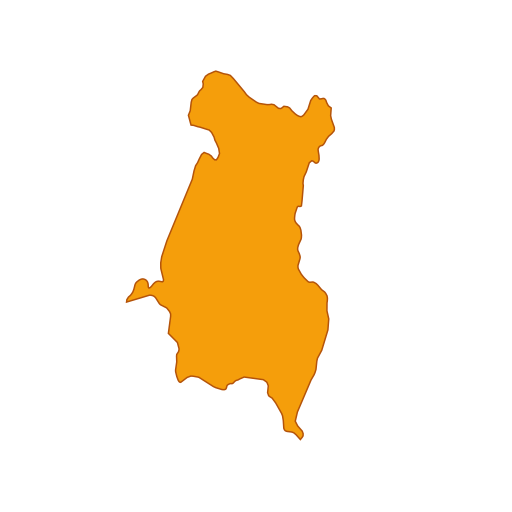 an SVG outline of Mérida, rotated 332°
{"feature_id": "VEN-27", "entity_name": "Mérida", "entity_type": "State", "adm_level": 1, "iso_a3": "VEN", "parent_name": "Venezuela", "parent_adm1": "", "projection": "robinson", "projection_center": [-71.244, 8.52], "detail": "fine", "context": "isolated", "style": "filled", "palette": "amber", "viewbox_px": 512, "rotation_deg": 332, "n_neighbors": 0, "source": "natural_earth", "source_scale": "10m", "svg_char_len": 3952}
<svg xmlns="http://www.w3.org/2000/svg" viewBox="0 0 512 512"><g transform="rotate(332 256 256)"><path d="M260.1,109.9L262.4,100.0L266.1,96.9L271.0,89.8L273.0,87.7L274.7,87.1L279.7,86.3L281.1,85.5L282.4,84.5L283.8,83.7L285.5,83.3L288.2,82.2L290.2,79.3L290.9,76.8L292.9,75.5L295.8,73.6L299.4,73.1L302.3,73.4L305.4,73.6L307.3,73.9L309.2,75.8L313.0,79.9L316.1,82.3L318.1,84.5L319.3,88.6L321.9,101.1L322.8,105.5L323.3,109.1L324.5,112.5L328.6,120.4L330.3,122.7L336.9,127.6L338.7,128.5L339.7,128.9L340.8,129.2L342.9,130.9L345.2,136.2L347.1,137.4L347.8,137.5L350.9,136.9L353.9,139.1L355.2,141.1L355.9,144.8L357.4,149.1L358.5,151.3L359.5,152.7L361.0,154.1L362.4,154.3L364.4,153.9L370.8,150.8L377.3,144.4L378.2,143.9L380.0,143.0L382.1,142.2L383.1,142.0L384.2,142.6L384.9,143.1L385.8,147.2L387.8,148.0L388.8,148.2L389.9,148.7L390.5,149.7L390.8,151.2L390.4,153.9L390.4,157.4L391.9,160.6L387.8,167.1L386.8,170.5L385.5,179.3L384.6,181.1L383.6,182.2L380.3,183.5L376.3,184.4L372.9,186.0L369.8,188.2L368.1,189.1L366.6,189.5L365.5,189.2L364.3,189.0L362.5,189.5L361.6,190.2L360.8,191.1L360.0,193.2L358.8,196.8L357.3,200.0L356.5,201.1L355.6,201.9L354.7,202.4L353.7,202.5L352.7,202.3L352.0,201.7L351.6,200.7L351.2,199.6L350.6,198.7L350.0,198.1L346.8,198.7L339.9,205.3L335.6,208.5L333.5,211.0L331.6,213.9L330.8,216.1L322.6,228.8L319.6,233.1L318.6,233.1L317.7,232.7L316.6,231.9L315.7,232.0L314.9,232.6L310.5,236.8L309.5,238.1L308.1,240.2L307.3,241.6L306.9,243.0L306.8,244.3L306.9,245.6L307.5,248.0L308.2,250.1L308.2,251.9L307.7,254.4L306.0,258.9L304.8,260.9L303.8,262.2L299.0,265.9L297.0,267.9L296.0,269.4L295.5,270.9L295.3,274.3L294.8,276.9L294.2,278.2L293.4,279.2L288.5,284.2L287.7,285.8L287.3,287.4L287.4,293.1L287.8,295.6L288.3,298.0L289.7,302.4L290.1,303.4L290.8,304.2L291.7,304.7L293.7,305.5L294.5,306.1L295.1,306.9L296.2,308.7L296.9,310.9L297.9,315.7L298.2,316.8L299.7,320.0L300.0,321.7L300.0,324.6L299.3,326.7L297.9,329.1L296.7,330.7L292.9,337.7L290.7,345.7L284.8,355.0L269.8,370.1L262.3,375.1L260.4,377.3L255.7,384.3L253.3,386.7L251.4,388.2L246.4,391.3L219.4,413.1L213.1,420.3L213.0,425.6L214.6,432.4L214.2,435.0L213.1,436.9L211.8,437.7L209.0,438.9L207.5,432.7L206.5,430.1L205.7,429.0L205.1,428.4L204.4,427.8L201.1,425.5L200.4,424.8L199.8,424.0L199.5,422.7L199.7,421.1L202.9,414.0L204.4,409.6L204.7,407.0L204.4,395.0L203.5,389.0L201.9,386.2L201.6,385.2L202.1,382.1L205.9,376.4L206.3,373.2L206.2,372.2L204.4,368.6L188.7,357.3L183.7,356.9L182.2,357.0L179.6,356.5L178.2,356.8L176.2,357.5L175.0,357.5L173.2,356.5L171.0,356.4L169.7,356.7L168.9,357.5L168.2,358.3L167.5,358.9L166.6,359.4L165.1,359.1L163.3,358.0L158.7,353.4L157.1,351.3L148.8,336.6L148.0,335.7L143.9,332.5L142.0,331.4L138.2,330.9L130.2,332.2L129.3,331.4L129.1,330.7L129.0,329.7L129.0,328.9L129.5,325.2L130.7,320.5L131.4,319.0L136.3,312.3L138.8,307.2L139.8,305.7L142.7,304.1L143.8,302.9L144.5,301.8L146.0,295.5L142.3,283.2L152.3,269.2L153.4,267.1L153.6,264.5L152.9,260.5L152.8,260.1L152.5,259.5L149.1,254.7L148.6,253.7L148.3,252.5L147.8,246.0L147.5,244.8L147.0,243.6L146.2,242.5L144.8,241.3L143.6,240.6L120.1,235.9L121.5,233.9L124.1,232.4L126.7,231.8L128.5,231.0L130.3,230.0L132.5,228.1L134.6,225.8L135.3,225.0L136.0,224.3L137.1,223.5L138.7,222.9L141.6,222.4L143.4,222.5L144.7,222.8L145.6,223.3L146.4,224.0L147.0,224.7L147.6,225.7L147.9,226.8L148.0,228.0L147.8,229.2L147.5,230.3L146.6,232.2L146.3,233.2L146.5,234.1L147.6,234.2L149.3,233.8L152.5,232.4L154.5,231.9L156.0,231.8L157.2,232.1L158.2,232.5L159.0,233.1L160.6,234.4L161.4,234.9L162.3,234.7L163.2,233.6L166.0,222.7L166.4,221.7L168.7,217.3L172.4,212.4L184.5,200.7L235.8,158.3L241.3,151.7L245.1,147.9L248.2,146.2L251.3,143.8L255.6,140.8L258.8,140.2L260.2,141.9L262.1,144.0L263.5,146.8L263.8,149.2L264.7,151.7L266.2,152.5L268.8,151.1L271.9,148.4L273.6,143.5L274.1,137.5L274.1,134.5L274.8,131.3L274.8,126.1L273.8,122.8L270.9,119.9L267.1,116.0L265.2,114.4L262.3,111.4L260.1,109.9L260.1,109.9Z" fill="#f59e0b" stroke="#b45309" stroke-width="1.5"/></g></svg>